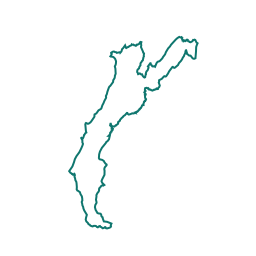 Charala, Santander, Colombia, rotated 18°
{"feature_id": "7082276B93438937234991", "entity_name": "Charala", "entity_type": "district", "adm_level": 2, "iso_a3": "COL", "parent_name": "Colombia", "parent_adm1": "Santander", "projection": "equal_earth", "projection_center": [-73.153, 6.177], "detail": "fine", "context": "isolated", "style": "outline", "palette": "teal", "viewbox_px": 256, "rotation_deg": 18, "n_neighbors": 0, "source": "geoboundaries", "source_scale": "gbopen_adm2", "svg_char_len": 5802}
<svg xmlns="http://www.w3.org/2000/svg" viewBox="0 0 256 256"><g transform="rotate(18 128 128)"><path d="M141.8,224.0L137.1,223.7L133.9,224.3L132.4,222.4L131.7,221.4L131.5,220.8L130.8,220.6L130.0,220.1L129.2,218.6L128.4,218.0L126.1,218.4L125.0,218.2L124.7,217.7L124.1,217.4L123.5,216.7L122.6,216.0L121.0,213.5L120.7,211.3L121.2,208.9L120.9,208.1L119.7,206.1L119.2,203.0L118.7,201.6L118.9,200.1L119.2,198.7L119.6,198.0L119.8,196.7L119.7,195.8L119.4,195.3L119.3,194.2L120.0,192.9L120.2,192.0L120.7,191.0L121.3,190.5L122.2,190.5L123.1,189.5L120.4,188.1L119.3,186.9L119.2,186.4L119.3,184.8L120.1,179.8L118.9,175.8L118.4,175.1L118.0,173.6L118.2,172.2L119.1,170.2L119.1,169.7L118.9,169.3L117.7,168.9L116.0,167.7L115.3,166.9L114.7,166.7L113.4,166.3L110.6,166.5L110.3,166.3L109.6,165.6L108.7,161.9L108.6,159.1L109.3,154.9L111.5,149.2L111.7,148.0L112.6,146.8L113.4,144.6L113.1,141.0L112.0,141.4L112.6,140.2L112.9,139.0L112.5,138.3L112.7,137.7L113.0,137.9L113.2,136.3L113.5,136.2L113.2,135.4L113.9,134.7L114.0,134.5L113.5,133.9L113.9,133.7L113.9,133.4L113.4,133.3L113.0,133.0L112.5,133.3L112.1,132.0L111.9,131.8L110.2,131.1L109.9,128.6L111.2,130.6L112.1,131.1L112.6,131.2L114.7,130.8L115.5,129.2L116.0,129.1L116.0,128.7L117.1,127.4L117.2,126.1L117.0,125.9L116.9,126.0L116.8,125.3L117.2,124.6L117.6,124.3L118.1,123.5L117.9,122.9L118.1,122.1L118.8,120.9L118.8,120.4L119.7,119.3L119.7,118.8L120.3,117.7L121.1,116.8L122.3,114.0L122.7,113.9L123.1,114.5L123.8,114.8L124.5,115.0L124.9,114.8L126.2,113.9L127.5,112.7L128.1,112.7L129.1,112.3L129.6,111.4L130.4,111.4L130.2,111.2L130.6,111.1L130.6,110.5L131.2,110.3L131.3,109.9L131.7,109.8L131.8,109.2L132.3,109.0L132.4,108.1L132.8,107.8L132.9,107.0L133.4,106.6L133.2,106.0L134.1,105.1L134.0,104.6L134.3,104.1L134.4,102.3L134.6,102.2L134.6,101.9L134.8,101.7L135.7,101.4L135.1,99.9L135.4,98.7L135.1,98.2L135.5,97.1L136.0,97.0L135.9,96.2L136.3,95.8L136.3,95.0L135.7,94.5L135.3,94.4L134.7,93.5L134.1,91.7L133.7,91.3L133.8,90.9L134.5,90.7L134.4,90.3L132.5,89.2L132.5,88.8L133.3,87.7L133.2,87.4L132.7,87.5L132.4,86.9L132.1,85.8L132.0,84.8L133.3,84.0L134.4,84.4L134.8,83.8L135.3,84.0L136.1,84.9L137.0,84.5L137.4,84.8L138.1,84.6L138.6,84.9L139.9,84.8L140.5,83.8L141.3,83.6L141.7,83.0L142.4,82.8L142.9,81.6L143.4,81.6L143.9,81.9L144.4,81.7L144.4,80.5L145.0,79.4L145.1,77.8L143.2,75.3L143.3,74.4L142.8,73.0L145.0,70.7L145.7,69.0L146.5,67.5L147.7,67.5L148.3,67.0L149.2,63.9L149.6,61.4L151.4,56.2L151.7,56.0L152.9,56.5L153.7,56.4L154.1,55.9L156.1,52.7L156.4,50.5L157.7,47.7L158.2,45.8L158.4,44.0L159.0,42.4L158.9,41.6L159.3,39.0L159.0,37.5L159.0,36.3L159.3,36.1L159.5,36.3L159.7,37.8L159.9,37.9L160.2,37.6L160.5,37.7L161.2,39.3L162.4,39.6L163.3,40.1L163.9,40.2L164.7,39.9L165.2,39.9L167.7,41.6L168.7,41.9L169.6,41.7L170.6,40.8L169.0,34.1L167.8,29.9L167.8,27.9L168.0,25.9L166.7,25.5L164.8,23.5L164.0,23.4L163.5,23.9L162.7,24.1L162.5,25.5L161.0,27.1L160.1,27.2L159.5,26.8L158.5,26.9L158.0,26.6L157.6,25.7L156.8,25.7L156.2,26.5L156.3,26.9L155.9,27.5L155.5,27.3L154.7,27.3L154.7,27.7L154.2,28.4L154.0,28.5L153.5,27.8L153.1,27.9L153.1,27.3L152.2,27.2L151.8,26.4L151.8,25.7L151.5,25.7L151.2,25.2L150.8,25.0L150.1,25.7L148.6,25.5L147.2,27.2L146.1,29.1L143.2,35.5L142.7,37.5L141.6,39.8L140.6,44.1L140.5,46.5L139.4,49.6L139.1,51.2L137.6,54.3L137.0,55.0L135.9,55.7L135.5,56.3L135.1,57.5L134.8,61.4L133.8,61.1L132.8,61.8L132.0,61.8L131.2,61.0L130.1,60.7L129.6,59.5L129.2,59.5L127.9,63.3L128.7,63.7L128.9,64.5L128.8,67.1L128.1,68.5L128.0,69.6L128.2,70.0L128.1,70.8L128.5,71.4L128.3,72.2L128.6,74.4L128.1,74.9L127.4,74.8L125.9,73.9L124.8,72.6L124.0,73.0L122.4,72.4L121.0,73.7L120.8,73.5L120.8,73.0L119.4,71.9L119.1,70.6L119.1,69.5L120.1,67.8L119.9,66.5L120.5,64.4L120.0,63.3L120.0,62.1L120.5,60.9L120.6,60.0L121.2,59.1L121.0,58.0L121.0,56.9L120.8,56.2L121.0,54.9L120.6,54.3L120.2,52.1L119.1,51.6L118.8,50.9L115.3,47.0L115.1,45.3L114.3,43.8L114.2,42.2L113.4,42.2L113.2,42.4L112.9,42.8L112.8,43.6L112.5,44.7L111.8,45.4L111.1,45.7L110.7,46.6L110.4,47.0L110.2,46.7L109.9,47.2L109.5,47.4L108.7,47.2L108.2,47.4L107.3,47.0L106.2,47.6L105.7,47.4L105.6,48.3L105.2,48.7L104.1,49.6L103.3,50.9L102.8,51.1L101.6,52.5L101.2,52.3L99.7,50.3L98.6,53.8L98.0,54.8L98.1,57.2L97.4,58.8L97.2,58.5L96.7,58.5L94.1,60.0L93.5,59.6L92.1,59.8L91.4,59.6L90.5,59.8L89.8,60.3L88.7,61.7L88.8,62.0L89.6,62.4L89.7,62.9L89.1,65.3L89.8,65.4L90.4,65.1L91.9,65.0L92.9,65.3L94.4,66.2L96.0,68.2L96.5,70.1L96.7,71.7L96.4,73.4L97.7,75.5L99.5,80.2L99.4,82.5L99.7,83.4L99.8,84.8L99.2,87.1L99.6,88.9L98.1,93.5L97.5,94.4L97.3,95.6L97.2,99.9L97.4,102.2L97.1,104.5L97.7,105.5L97.8,106.2L97.2,109.3L97.0,112.2L96.6,114.3L96.6,117.5L96.3,118.3L94.5,120.3L93.4,123.9L92.0,125.4L92.1,126.2L92.5,127.1L92.5,128.0L91.0,133.1L90.5,134.3L89.4,135.8L88.6,136.4L86.5,136.2L86.3,136.5L86.3,137.8L89.0,144.1L89.8,145.2L89.0,146.1L88.6,148.1L88.4,148.2L88.5,150.4L88.3,151.8L87.6,152.0L86.8,151.7L86.6,152.0L88.4,153.8L89.1,155.9L89.9,156.7L90.1,157.1L90.1,158.9L89.8,162.1L89.2,166.1L87.7,170.7L87.1,174.0L87.2,177.3L87.0,181.8L85.4,187.2L86.9,188.3L88.3,188.7L88.9,189.1L89.3,188.9L90.1,189.5L90.5,189.4L90.9,189.0L91.1,188.2L91.5,188.4L92.1,189.4L92.1,190.6L92.3,191.1L93.1,192.0L94.1,193.9L95.5,195.2L96.2,196.6L97.6,200.0L98.2,202.3L99.1,203.1L99.9,203.2L102.1,203.9L103.3,205.6L105.3,207.3L105.4,207.7L106.1,208.8L107.0,211.1L106.8,212.4L107.0,213.0L107.8,214.1L108.5,215.6L109.8,217.0L110.4,218.2L111.8,219.9L115.7,223.3L115.8,226.3L116.1,228.2L117.2,229.7L119.2,230.7L120.2,231.7L121.4,231.8L122.4,232.5L124.6,232.6L125.0,232.4L125.4,231.8L127.0,231.2L128.1,231.2L128.9,231.7L130.0,231.8L130.9,230.3L131.4,230.0L131.6,229.9L132.1,230.5L133.3,230.5L134.8,231.2L135.9,230.6L136.8,229.3L137.2,229.3L138.0,230.1L139.1,230.0L140.9,228.8L141.8,228.0L142.2,227.3L142.2,226.6L141.6,225.8L141.8,224.0Z" fill="none" stroke="#0f766e" stroke-width="2"/></g></svg>